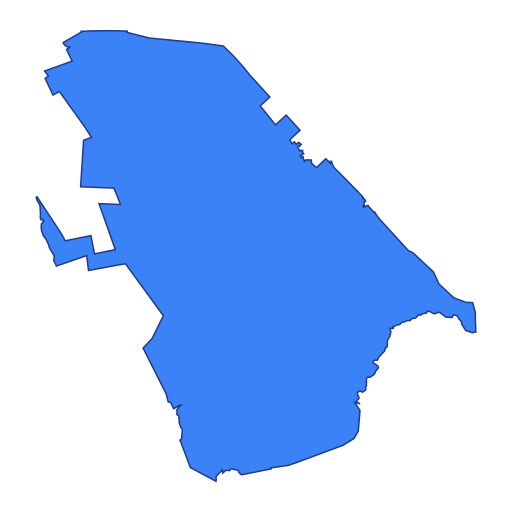 Lerdo, Durango, Mexico
{"feature_id": "50627088B11643703419483", "entity_name": "Lerdo", "entity_type": "district", "adm_level": 2, "iso_a3": "MEX", "parent_name": "Mexico", "parent_adm1": "Durango", "projection": "mercator", "projection_center": [-103.587, 25.471], "detail": "fine", "context": "isolated", "style": "filled", "palette": "blue", "viewbox_px": 512, "rotation_deg": 0, "n_neighbors": 0, "source": "geoboundaries", "source_scale": "gbopen_adm2", "svg_char_len": 5949}
<svg xmlns="http://www.w3.org/2000/svg" viewBox="0 0 512 512"><path d="M368.5,377.2L369.1,377.3L369.7,377.3L371.1,376.6L371.4,376.4L372.1,375.8L373.4,375.1L373.8,374.8L374.3,374.3L375.2,372.6L375.6,371.6L375.7,371.2L376.1,370.6L377.8,368.9L378.3,367.9L378.4,367.1L378.3,366.7L378.0,366.2L377.0,365.3L373.8,363.2L373.4,362.7L373.2,362.3L373.2,361.8L373.3,361.1L373.7,360.9L374.5,360.4L375.5,360.1L377.3,360.1L377.5,360.0L378.5,357.4L378.7,357.1L379.9,356.2L380.8,355.1L381.2,354.6L381.8,353.8L383.0,352.8L384.0,351.7L384.5,351.1L384.8,350.5L384.9,349.5L385.2,348.8L385.2,348.0L385.4,347.9L386.6,347.5L387.2,346.4L387.3,344.8L387.4,343.3L387.3,341.4L387.5,340.7L388.1,339.1L389.1,337.6L389.7,336.6L390.0,335.7L390.2,334.4L390.5,333.8L390.7,332.5L390.8,331.5L390.8,331.1L389.9,329.2L389.8,328.7L389.9,328.3L390.2,328.2L391.3,328.4L392.8,328.5L393.2,328.3L393.5,328.1L393.5,327.9L392.9,327.2L392.9,326.9L394.6,326.2L395.4,325.8L396.2,325.3L396.7,325.1L397.2,324.9L399.7,324.6L400.1,324.3L400.8,323.3L401.4,322.7L401.8,322.4L402.6,322.1L403.5,322.1L403.8,322.1L404.6,321.6L405.6,321.4L407.4,320.5L407.9,320.5L409.1,320.7L409.6,320.7L409.9,320.6L410.5,320.1L411.6,319.0L412.1,318.6L413.5,318.3L415.1,318.2L415.8,317.8L416.7,317.1L417.1,316.4L418.7,314.8L418.9,314.6L419.2,314.5L419.7,314.7L419.7,314.9L420.1,315.0L420.5,315.1L421.0,315.0L421.1,314.9L421.5,314.3L422.2,314.0L424.8,313.2L426.3,313.1L426.6,313.0L426.7,312.8L427.2,311.6L427.7,311.1L428.0,311.1L429.3,311.4L431.6,312.4L432.3,312.9L433.9,313.7L434.4,313.8L435.3,313.7L436.3,313.0L437.5,312.7L438.8,312.2L439.1,312.2L440.7,313.2L442.5,314.4L445.3,316.8L446.0,317.1L451.6,317.5L452.0,317.5L452.5,317.1L452.6,316.7L452.5,315.8L452.6,315.5L452.7,315.2L452.9,315.1L453.5,315.0L453.9,315.1L455.0,315.1L455.6,315.2L456.2,315.4L457.6,316.5L458.3,317.6L459.1,319.3L459.7,319.8L460.2,320.3L461.4,321.7L461.8,322.5L461.8,322.8L461.6,323.8L461.7,324.2L462.1,324.6L464.8,329.1L466.0,330.7L466.1,330.8L467.1,330.9L472.0,332.6L472.4,332.7L473.4,332.6L473.6,332.4L474.0,332.2L475.0,332.0L475.8,332.1L475.6,324.5L475.4,322.3L475.3,312.4L472.7,302.6L466.1,302.4L453.8,297.8L439.0,284.0L433.4,271.9L413.4,253.2L408.1,250.3L381.1,220.8L380.7,221.1L381.0,220.7L376.4,215.1L375.6,213.4L375.4,213.3L375.0,212.8L374.8,212.9L374.6,212.6L374.9,212.4L374.6,212.0L374.0,212.4L368.5,206.3L367.9,205.8L368.1,205.5L368.7,205.2L365.2,206.4L364.2,206.9L363.5,207.4L363.4,207.0L363.3,205.7L364.4,205.4L364.1,204.1L363.9,204.1L364.2,202.2L364.7,201.6L365.1,201.5L365.7,201.3L364.7,199.2L363.3,198.8L363.2,197.7L362.7,197.9L362.6,197.1L362.2,196.2L359.5,193.5L357.5,191.1L357.4,191.2L357.0,190.8L356.9,190.8L356.8,190.6L342.7,176.2L341.0,174.4L340.9,174.3L340.8,174.2L340.7,174.2L335.2,168.7L333.4,166.6L331.5,161.7L331.5,161.4L330.9,161.6L330.3,161.3L330.4,162.5L330.3,163.0L330.3,163.3L325.8,158.7L316.6,167.6L311.7,163.5L311.6,162.7L311.2,159.9L309.6,160.0L306.1,159.8L304.3,161.5L303.0,156.7L302.5,156.6L301.4,157.7L300.2,155.9L303.7,153.8L302.5,152.3L302.6,150.8L302.3,151.0L302.1,150.6L301.6,150.9L301.3,150.8L300.9,150.3L299.8,151.0L297.6,147.2L299.2,145.8L299.5,146.2L300.0,145.8L299.9,145.5L301.2,144.4L299.6,142.9L298.4,142.4L296.3,144.3L294.3,141.8L292.1,143.9L289.8,139.7L300.0,130.3L286.2,115.1L275.5,124.9L260.2,105.9L267.8,98.9L269.8,97.0L249.6,74.8L244.3,68.1L233.6,56.1L223.3,46.0L203.6,43.3L149.0,38.0L127.0,32.4L127.3,31.1L120.1,30.9L117.2,30.8L105.7,30.7L89.9,30.9L83.7,31.3L81.3,31.3L81.7,31.9L63.2,42.5L63.9,44.2L64.5,44.7L64.8,45.3L65.4,45.6L66.0,46.2L66.6,46.5L68.0,46.9L68.9,47.0L69.5,47.0L70.5,46.8L66.5,49.4L72.1,61.1L44.6,71.0L48.4,76.3L45.1,78.3L53.0,95.1L59.4,91.5L84.8,127.0L91.4,137.4L83.6,140.2L80.6,186.8L113.8,188.1L116.4,194.0L120.5,204.5L99.0,203.6L115.3,249.6L94.5,253.9L90.9,235.6L65.2,240.8L61.6,234.1L37.0,196.7L36.3,197.4L36.2,197.7L36.3,198.2L36.9,199.4L37.2,200.6L37.5,201.3L38.9,203.1L39.1,203.8L40.0,205.7L40.1,207.0L40.3,210.9L40.3,212.3L40.6,213.1L40.6,213.4L40.4,214.1L40.3,217.1L40.3,217.6L40.6,219.1L41.1,219.8L41.4,219.9L41.8,219.9L42.0,219.8L42.4,219.5L43.1,220.1L43.3,220.2L43.5,220.4L43.7,220.9L43.7,221.1L43.6,221.4L43.0,221.7L42.7,222.2L42.5,222.5L42.5,222.9L42.3,223.2L42.1,223.4L41.6,223.8L41.4,224.0L41.4,225.0L41.3,225.3L41.1,227.1L41.4,228.1L41.4,230.0L41.8,231.4L42.4,232.7L43.2,235.3L44.9,237.9L45.6,238.5L46.6,240.4L47.4,242.4L48.0,243.4L48.3,244.2L48.7,245.0L49.0,245.7L49.2,247.2L49.6,248.2L53.8,255.2L54.3,256.7L54.3,258.0L54.0,258.9L53.6,259.5L53.7,260.3L54.2,261.5L54.6,262.1L54.9,262.9L56.1,265.1L56.3,266.1L86.7,255.6L88.5,270.5L117.5,265.1L125.5,263.8L163.4,315.8L160.3,321.9L152.2,338.4L143.1,348.1L166.1,393.7L168.2,401.9L170.6,402.5L173.7,408.7L180.2,405.0L181.0,405.2L180.2,405.6L176.6,410.2L177.2,411.4L177.1,412.1L176.9,412.7L176.8,413.8L177.1,414.7L177.4,415.1L178.0,415.2L178.5,415.5L178.9,415.8L179.1,416.2L178.9,416.7L178.8,417.4L178.9,418.2L179.3,418.8L179.2,419.8L179.1,421.9L179.7,424.1L180.8,427.5L181.4,428.3L182.1,429.1L182.4,429.5L181.5,439.2L181.2,439.2L181.1,439.4L179.9,440.1L179.9,440.3L180.2,440.5L180.3,440.7L190.4,467.6L216.0,481.3L216.2,478.3L216.0,477.1L216.1,476.8L216.4,476.3L219.9,472.3L220.4,472.1L222.3,469.9L222.8,473.1L225.4,470.7L226.2,470.3L226.7,470.2L228.2,470.5L228.7,470.4L229.3,470.7L231.3,468.7L238.2,470.4L238.9,472.4L241.5,474.8L271.0,468.9L270.8,467.9L288.6,465.3L299.1,461.6L343.2,445.2L354.0,438.5L358.3,431.1L360.0,410.6L354.6,402.2L360.1,403.8L357.4,402.4L356.8,401.9L356.6,401.3L356.7,400.9L357.3,400.0L358.5,399.0L358.8,398.6L359.0,398.2L359.0,397.9L359.0,397.6L358.8,397.0L357.9,395.0L357.4,393.8L357.3,393.4L357.4,392.9L357.7,392.5L358.7,391.5L359.4,391.2L360.3,391.1L360.6,391.2L362.1,392.1L362.6,392.1L363.0,392.0L364.3,391.0L365.1,390.5L365.5,390.0L365.8,389.4L365.9,388.8L365.6,387.3L365.7,387.0L366.4,386.0L366.5,385.6L366.5,385.2L366.3,384.6L366.3,383.9L366.5,382.8L366.4,380.9L366.6,378.8L366.8,378.0L367.2,377.4L367.7,377.1L368.5,377.2Z" fill="#3b82f6" stroke="#1e3a8a" stroke-width="1.5"/></svg>